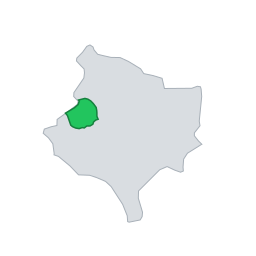 where Istok sits in Kosovo, rotated 341°
{"feature_id": "KOS-5887", "entity_name": "Istok", "entity_type": "District", "adm_level": 1, "iso_a3": "XKX", "parent_name": "Kosovo", "parent_adm1": "", "projection": "albers", "projection_center": [20.485, 42.778], "detail": "fine", "context": "in_parent", "style": "filled", "palette": "green", "viewbox_px": 256, "rotation_deg": 341, "n_neighbors": 0, "source": "natural_earth", "source_scale": "10m", "svg_char_len": 1378}
<svg xmlns="http://www.w3.org/2000/svg" viewBox="0 0 256 256"><g transform="rotate(341 128 128)"><path d="M76.1,93.1L87.9,89.2L89.6,86.5L86.9,80.6L88.4,76.9L102.5,66.4L104.8,61.7L105.7,57.9L103.8,54.0L101.1,47.8L102.4,45.2L109.7,41.6L115.6,37.4L119.1,37.1L121.3,40.0L121.3,43.1L123.3,48.4L127.6,51.2L134.9,55.7L143.4,58.8L150.0,65.1L159.2,76.2L160.6,81.7L168.8,86.6L176.4,92.1L175.3,102.5L201.2,111.2L207.1,111.1L209.9,112.6L209.8,115.0L207.9,122.3L197.6,144.7L196.8,149.3L189.2,154.2L188.2,157.0L190.4,163.2L192.5,167.4L192.3,167.4L176.0,171.2L170.5,175.5L167.3,182.9L166.3,186.7L163.3,186.9L158.5,183.1L152.4,177.2L144.4,177.8L117.5,190.9L114.9,197.7L114.3,212.4L112.5,216.4L109.6,218.9L98.4,217.4L97.2,216.4L98.7,210.7L98.1,198.4L93.0,177.9L89.4,171.2L82.0,164.5L76.3,160.2L66.0,156.2L60.8,145.0L53.0,132.2L49.3,129.3L49.9,128.0L51.8,118.4L49.6,111.4L46.1,105.4L48.5,101.8L55.7,101.8L61.6,102.5L63.8,96.8L76.1,93.1Z" fill="#d9dde1" stroke="#a8b0b8" stroke-width="1"/><path d="M76.1,93.1L84.0,91.4L88.6,89.5L90.7,86.6L90.3,85.4L91.4,85.5L96.9,86.0L99.5,87.7L101.6,90.3L103.2,93.7L104.6,98.2L104.1,101.4L103.5,103.6L102.4,106.8L102.6,110.0L100.1,110.0L97.5,111.0L96.0,113.0L92.8,113.7L89.7,112.7L86.7,113.7L84.8,112.7L81.6,112.7L78.5,111.0L76.0,108.7L74.8,106.7L74.8,103.4L74.8,99.8L74.8,96.5L73.7,93.6L76.1,93.1Z" fill="#22c55e" stroke="#15803d" stroke-width="1.5"/></g></svg>